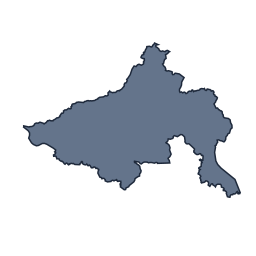 outline of Peixe, Tocantins, Brazil, rotated 263°
{"feature_id": "56859067B6869942265755", "entity_name": "Peixe", "entity_type": "district", "adm_level": 2, "iso_a3": "BRA", "parent_name": "Brazil", "parent_adm1": "Tocantins", "projection": "albers", "projection_center": [-48.57, -11.931], "detail": "fine", "context": "isolated", "style": "filled", "palette": "slate", "viewbox_px": 256, "rotation_deg": 263, "n_neighbors": 0, "source": "geoboundaries", "source_scale": "gbopen_adm2", "svg_char_len": 5838}
<svg xmlns="http://www.w3.org/2000/svg" viewBox="0 0 256 256"><g transform="rotate(263 128 128)"><path d="M125.1,30.4L123.2,32.1L121.5,34.9L121.6,37.0L123.1,41.0L122.9,43.2L121.8,45.4L117.3,51.2L115.1,53.5L114.5,53.4L113.9,52.9L112.9,53.1L113.0,52.5L111.7,53.0L111.0,52.4L110.3,50.8L109.0,50.8L109.0,52.5L108.6,53.1L106.0,53.7L106.1,54.4L105.6,55.8L104.5,56.0L103.2,57.5L103.3,58.3L102.7,58.5L102.5,59.2L100.3,60.4L99.7,61.1L100.5,62.0L100.7,62.8L100.2,63.4L98.7,64.4L99.0,65.6L99.6,65.5L99.8,67.4L99.3,68.8L99.5,69.3L98.3,70.7L97.5,75.2L97.6,75.8L98.4,75.8L99.3,77.2L100.3,77.6L100.4,78.2L99.7,78.7L98.4,78.5L97.4,79.3L96.6,81.1L96.7,82.3L97.2,82.7L95.4,83.8L95.9,85.2L95.4,85.7L93.0,86.8L92.8,88.3L93.3,88.7L93.4,89.8L93.0,90.6L91.8,91.2L92.0,92.2L91.4,92.5L90.6,93.8L90.0,93.9L89.0,93.2L86.9,92.6L82.6,94.1L82.1,95.4L80.8,96.0L81.2,96.4L80.9,98.0L79.5,99.1L78.3,98.9L77.0,101.1L77.0,104.6L77.6,105.0L78.0,106.2L77.8,107.0L77.2,107.6L77.8,109.0L77.6,109.8L78.1,110.3L77.6,110.7L76.3,111.0L76.2,111.9L76.6,112.7L76.0,113.5L76.0,114.3L74.3,114.3L73.7,113.5L73.2,113.3L72.9,113.9L72.3,114.0L72.0,113.4L70.9,113.6L70.5,113.3L67.2,116.7L67.1,117.4L67.2,118.1L68.8,118.8L69.6,121.5L70.8,122.3L73.9,127.3L75.5,128.4L76.9,128.8L78.5,131.9L78.9,133.6L81.2,134.0L82.1,135.1L83.9,135.8L86.1,135.1L88.6,135.0L90.1,133.9L90.8,132.8L92.1,131.9L92.7,130.6L93.5,130.2L94.2,130.4L92.9,134.7L91.2,135.8L90.7,136.8L92.0,139.0L92.2,140.4L91.8,142.9L90.9,144.2L91.1,145.5L90.9,147.2L89.9,150.0L90.4,151.5L90.3,152.3L89.9,153.0L89.3,153.0L88.2,165.2L90.8,165.0L92.7,164.0L93.2,164.2L94.5,166.1L96.8,167.6L100.6,166.7L101.4,166.6L103.2,167.3L105.9,166.8L108.1,165.0L108.1,164.3L108.8,163.9L110.4,166.0L112.3,166.6L111.7,168.6L112.2,171.2L113.2,171.8L113.9,171.8L114.8,173.0L113.4,176.0L115.1,179.5L114.7,181.0L112.4,183.0L108.7,183.1L107.3,182.8L105.5,183.8L105.0,184.7L105.0,186.3L104.7,186.8L99.2,191.4L98.4,191.3L97.2,190.5L95.9,190.5L95.6,191.1L94.5,191.5L93.2,193.2L93.2,194.7L93.8,196.1L93.6,196.9L91.9,197.6L91.6,198.0L91.8,198.7L90.9,199.1L86.8,198.3L86.7,197.8L88.2,196.1L87.7,195.1L87.1,195.3L86.9,196.1L86.0,196.8L84.6,197.3L84.4,196.5L81.0,195.9L79.9,193.5L79.4,193.3L78.8,193.5L78.0,194.6L77.2,193.4L76.5,193.5L74.3,192.1L73.6,192.2L73.4,193.0L71.3,194.4L69.7,193.3L68.1,193.9L67.0,193.8L66.3,194.1L65.0,193.9L64.4,194.5L64.9,195.6L64.7,196.3L65.0,197.6L66.0,198.7L65.8,199.8L64.5,201.2L63.2,201.3L61.6,200.6L60.1,202.1L62.1,203.7L62.4,204.3L62.3,205.1L61.1,205.4L59.9,207.0L58.9,207.6L60.9,208.8L61.3,210.4L60.8,213.0L59.7,213.6L58.0,213.5L56.9,215.5L56.3,215.8L55.6,216.0L55.0,215.0L54.3,215.0L53.8,216.8L52.7,217.8L51.9,218.0L51.2,217.6L47.7,218.3L46.9,220.3L47.0,220.9L48.1,221.1L49.0,221.8L49.2,222.4L49.0,223.8L49.9,224.5L49.5,225.9L50.0,227.1L51.1,227.9L51.6,228.7L50.2,229.3L49.5,229.0L49.2,229.6L50.4,230.5L49.4,231.0L50.1,231.5L63.9,227.9L76.8,215.5L80.8,212.6L84.6,211.2L93.3,211.0L98.2,212.5L99.8,212.3L100.3,213.5L101.6,214.0L103.0,215.3L105.1,215.0L105.2,216.6L104.2,217.9L103.9,219.2L102.6,221.4L102.7,222.0L104.6,223.5L106.9,224.0L107.6,224.4L108.4,225.5L110.1,226.5L110.6,228.1L114.3,229.7L115.4,231.3L118.2,231.5L120.7,230.5L123.7,230.3L125.2,228.8L126.4,224.8L127.6,224.0L129.3,224.1L130.6,223.4L132.8,223.4L133.6,222.7L133.8,221.8L134.9,220.9L135.1,220.3L136.9,219.3L137.0,217.8L141.4,216.3L143.3,218.2L144.1,218.4L145.8,219.8L147.1,220.4L148.4,219.6L148.8,218.4L150.1,218.3L150.8,217.2L152.3,217.1L152.6,217.6L153.1,217.7L154.3,217.2L154.7,216.5L154.4,215.8L154.5,215.1L155.3,215.0L156.2,214.0L156.2,213.4L157.0,211.8L156.9,211.1L156.1,210.8L155.7,210.1L156.4,209.1L157.9,208.7L157.6,208.1L158.2,205.8L157.9,204.3L157.4,204.2L156.8,202.8L156.9,201.3L156.4,199.7L156.8,199.1L156.1,197.5L157.7,196.9L158.0,196.3L156.6,195.1L157.1,193.8L156.8,192.3L155.7,191.4L155.1,189.8L156.4,188.9L156.8,188.1L156.2,186.6L157.3,185.4L157.0,184.0L158.4,183.6L160.4,183.9L161.8,185.1L164.0,186.3L167.1,186.9L171.2,189.8L175.4,185.5L176.6,181.7L176.5,181.1L175.5,180.1L175.6,178.8L176.9,178.4L178.1,178.8L178.6,178.3L179.9,175.3L179.8,173.6L180.6,172.2L181.7,172.7L183.9,172.2L185.0,171.2L187.3,170.1L188.1,171.4L189.3,171.6L191.5,172.7L192.4,174.3L196.3,174.2L196.7,175.6L197.6,177.0L198.2,177.4L198.7,178.6L200.2,176.7L200.1,175.3L199.3,174.4L199.4,173.7L200.3,171.6L199.9,170.2L200.6,169.2L201.7,168.4L202.6,168.3L204.3,166.9L205.2,165.6L206.4,165.6L206.9,166.0L207.1,168.0L209.1,164.7L208.0,164.0L207.1,162.6L205.8,161.9L205.6,161.0L206.5,159.2L206.5,156.6L205.1,156.2L203.2,154.7L201.6,154.0L200.9,153.5L201.3,152.9L200.9,152.5L199.0,152.5L198.7,150.8L196.9,149.6L196.3,149.5L195.3,150.9L194.9,152.6L194.3,152.7L193.8,152.4L193.0,152.5L191.6,151.3L190.9,151.6L189.6,151.1L188.7,148.9L189.9,146.8L189.8,146.0L189.5,145.1L188.0,143.5L188.8,141.6L185.9,139.2L180.7,136.7L177.2,133.7L176.4,132.6L175.1,133.0L173.6,132.1L173.0,131.4L173.0,130.5L171.9,129.6L170.0,129.3L167.3,126.4L166.6,124.7L166.0,124.2L166.3,123.8L166.1,121.7L165.1,120.5L164.8,119.6L165.1,118.3L164.9,117.1L166.2,114.5L166.9,114.3L165.3,112.4L163.2,112.4L162.5,111.3L162.4,110.5L162.8,109.4L161.9,107.5L161.9,103.5L161.0,101.7L160.5,101.6L160.0,99.5L159.4,98.4L159.3,95.2L159.6,94.4L159.6,92.7L160.0,92.1L160.1,90.7L159.6,89.3L159.6,88.1L158.7,87.0L159.8,82.2L159.7,79.9L158.8,79.0L158.5,75.7L157.4,74.9L156.5,74.9L155.9,73.9L154.7,74.1L154.2,73.8L154.1,72.7L154.8,71.4L153.5,69.3L153.6,67.4L152.7,66.0L151.9,66.1L150.9,65.6L150.6,65.1L150.8,63.9L148.2,61.7L147.6,61.8L146.7,59.9L146.7,58.5L145.6,56.8L144.9,54.8L144.3,54.5L144.5,52.5L145.3,51.0L144.8,49.6L145.0,49.1L143.2,47.2L143.1,46.5L142.3,45.5L142.4,45.0L143.0,44.6L144.5,41.3L143.7,39.3L144.1,37.9L143.9,36.7L143.4,35.8L141.9,34.8L141.2,32.9L141.3,30.5L141.0,30.0L142.8,24.8L142.1,24.8L141.6,24.5L137.5,28.6L135.2,29.7L132.7,29.4L130.0,28.2L125.1,30.4Z" fill="#64748b" stroke="#1e293b" stroke-width="1.5"/></g></svg>